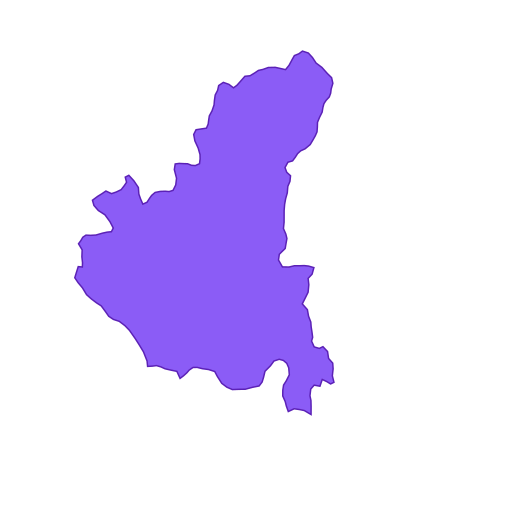 Itajubá, Minas Gerais, Brazil (Equal Earth projection), rotated 326°
{"feature_id": "56859067B47233930610196", "entity_name": "Itajubá", "entity_type": "district", "adm_level": 2, "iso_a3": "BRA", "parent_name": "Brazil", "parent_adm1": "Minas Gerais", "projection": "equal_earth", "projection_center": [-45.407, -22.44], "detail": "fine", "context": "isolated", "style": "filled", "palette": "violet", "viewbox_px": 512, "rotation_deg": 326, "n_neighbors": 0, "source": "geoboundaries", "source_scale": "gbopen_adm2", "svg_char_len": 3014}
<svg xmlns="http://www.w3.org/2000/svg" viewBox="0 0 512 512"><g transform="rotate(326 256 256)"><path d="M418.4,150.4L417.2,144.6L416.1,136.5L413.7,129.6L413.8,123.0L412.9,117.0L409.1,112.1L404.6,112.3L399.9,111.3L395.7,113.4L390.0,116.4L384.7,118.0L381.3,114.4L377.5,110.4L371.6,106.6L366.1,105.2L361.8,103.5L357.1,103.5L351.8,103.2L347.3,100.8L341.2,102.4L335.7,103.8L331.4,104.0L329.5,98.5L326.0,93.8L320.4,93.8L316.8,97.2L312.2,99.7L308.5,103.8L305.7,107.3L300.7,111.1L295.7,113.7L292.9,116.7L290.1,119.9L286.4,122.3L281.6,120.0L276.9,117.8L272.3,120.4L269.7,126.4L268.4,134.2L266.3,140.6L264.0,144.2L260.8,147.9L256.3,147.1L253.2,144.7L250.9,141.3L247.7,139.0L244.1,136.3L240.5,134.5L236.6,138.7L233.6,147.1L229.2,152.2L223.9,155.2L220.0,154.0L216.9,151.5L212.7,148.9L207.9,146.9L203.4,147.4L200.1,148.6L195.7,150.5L191.2,149.7L192.2,144.2L193.5,139.2L196.8,133.4L196.8,125.3L195.7,118.0L191.7,117.5L189.9,122.5L185.9,124.1L181.3,125.6L175.9,124.8L171.1,123.5L167.9,118.2L162.8,118.2L158.1,118.0L151.6,118.3L149.9,123.5L150.7,130.1L153.8,137.4L154.1,145.9L153.3,153.0L149.7,155.0L146.0,153.0L141.5,151.2L135.0,149.1L130.3,146.3L126.7,143.6L122.9,143.6L119.4,145.3L115.7,146.6L115.3,153.7L111.2,159.3L108.4,164.6L105.9,168.0L102.7,165.4L97.8,169.3L93.6,172.7L93.6,178.6L94.3,185.4L93.9,193.3L95.5,199.6L97.6,205.7L99.8,210.8L100.1,217.9L100.2,223.7L102.3,228.8L106.1,233.7L108.4,240.5L109.5,246.8L109.7,257.0L109.5,264.5L109.1,272.6L108.0,277.5L107.0,282.1L104.4,286.9L108.6,289.4L112.2,291.2L115.2,294.8L117.5,298.6L121.8,303.2L125.9,307.4L124.6,315.0L128.8,314.8L133.2,314.2L136.9,313.2L141.5,313.2L145.0,315.5L148.5,319.4L153.2,323.6L157.2,328.7L156.6,334.3L156.4,342.4L158.5,348.5L161.7,353.5L167.2,356.9L172.7,360.5L179.7,362.9L185.9,365.5L190.6,363.9L194.3,360.9L199.0,356.6L206.6,355.1L212.2,353.1L217.5,354.6L220.3,357.9L221.5,362.2L220.6,367.0L217.2,373.1L211.3,376.4L206.7,378.4L203.2,382.2L199.9,387.0L198.8,393.1L197.3,397.2L195.8,403.0L202.2,404.0L206.2,407.6L209.6,411.1L213.0,418.2L217.5,411.6L220.7,406.6L222.6,402.0L227.0,396.9L232.0,395.6L236.2,399.7L241.9,395.4L244.5,399.8L246.3,403.8L250.0,404.3L252.3,398.0L256.8,392.7L259.7,387.7L258.9,381.5L261.9,375.2L260.8,368.6L256.8,368.0L253.4,363.9L254.5,357.6L257.5,355.1L259.8,350.5L262.1,345.6L264.5,341.4L265.9,335.3L268.6,329.2L267.6,321.6L273.3,318.4L278.9,315.2L283.7,309.4L286.7,303.7L292.4,302.4L297.5,298.0L293.9,293.7L290.6,290.9L286.9,288.6L282.5,285.6L277.2,283.6L271.8,279.8L272.4,271.9L276.3,267.6L279.9,266.9L284.4,266.1L288.0,262.3L291.4,258.8L293.0,254.5L294.1,248.6L298.1,243.8L301.1,239.4L304.7,234.1L308.7,229.1L312.7,225.0L317.2,221.2L321.3,216.1L325.9,213.1L329.5,208.8L328.3,203.8L329.5,198.9L334.9,196.1L339.5,197.6L343.8,196.1L347.7,194.4L351.8,193.8L356.7,194.6L363.3,193.9L368.4,191.5L372.4,189.5L376.0,187.2L379.0,183.4L381.7,179.6L386.2,176.6L391.3,173.7L394.6,170.2L397.5,167.7L401.1,166.2L405.7,165.1L408.9,162.8L411.7,159.6L416.3,155.8L418.4,150.4Z" fill="#8b5cf6" stroke="#5b21b6" stroke-width="1.5"/></g></svg>